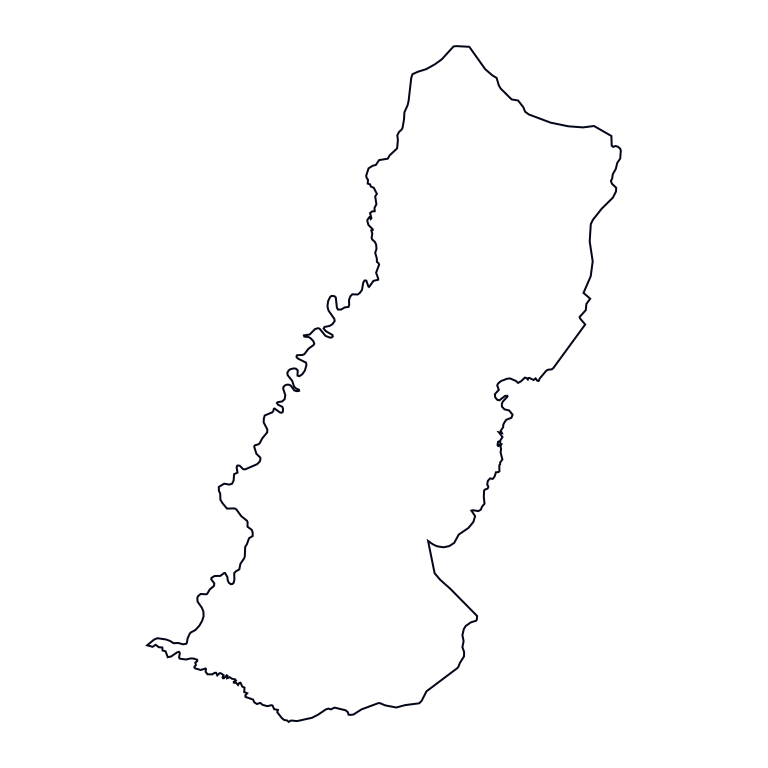 Duc Linh, Bình Thuận, Vietnam (Mercator projection)
{"feature_id": "81297802B10372149063277", "entity_name": "Duc Linh", "entity_type": "district", "adm_level": 2, "iso_a3": "VNM", "parent_name": "Vietnam", "parent_adm1": "Bình Thuận", "projection": "mercator", "projection_center": [107.507, 11.194], "detail": "fine", "context": "isolated", "style": "outline", "palette": "ink", "viewbox_px": 768, "rotation_deg": 0, "n_neighbors": 0, "source": "geoboundaries", "source_scale": "gbopen_adm2", "svg_char_len": 6111}
<svg xmlns="http://www.w3.org/2000/svg" viewBox="0 0 768 768"><path d="M411.3,77.6L408.6,100.9L407.6,105.2L404.4,112.4L404.0,119.5L402.5,128.0L401.6,129.6L399.0,132.0L397.3,135.3L397.9,139.9L397.1,148.4L389.7,155.3L387.7,158.7L379.1,160.1L375.8,165.0L372.8,165.7L368.6,168.3L366.2,175.6L366.5,177.5L368.0,179.9L367.7,183.6L370.1,184.4L370.8,186.5L373.8,187.8L376.9,193.9L375.2,196.4L376.4,204.2L374.5,207.9L374.7,211.2L372.2,211.4L370.1,213.0L371.4,218.3L370.7,219.0L370.1,216.9L369.6,216.9L367.5,219.7L367.3,220.9L368.4,224.9L372.8,229.4L372.6,230.2L371.3,230.5L372.3,233.7L371.6,238.0L372.2,239.5L374.9,241.9L376.1,244.5L376.5,248.8L375.2,252.8L376.8,258.4L376.9,261.8L378.6,263.3L379.1,264.6L376.1,272.8L378.2,278.5L378.2,279.7L373.4,280.9L369.1,287.0L368.4,286.5L366.3,280.6L364.5,280.5L363.2,282.8L362.0,289.9L359.7,293.1L357.6,294.5L352.3,294.3L350.3,296.4L349.0,300.0L349.2,304.9L348.5,306.9L344.8,307.4L341.2,309.5L337.9,309.5L336.9,307.7L335.8,297.5L334.6,296.3L332.8,295.9L331.1,296.1L330.0,297.2L328.2,300.9L327.5,305.6L327.8,308.1L328.6,310.7L334.3,318.8L334.7,321.0L332.4,324.2L329.6,325.9L324.5,327.0L323.6,328.6L325.9,331.2L332.5,335.0L332.8,336.5L331.5,337.5L329.9,337.6L325.5,335.9L319.6,328.7L318.2,328.2L315.1,329.0L309.7,334.5L303.9,335.4L304.3,336.6L308.3,337.0L310.3,338.0L313.2,340.9L314.3,343.6L313.6,345.0L308.5,348.7L304.3,354.2L302.3,355.0L297.1,355.2L296.5,356.2L296.7,357.4L298.0,358.6L306.1,362.7L306.4,365.3L304.8,370.7L302.2,374.3L299.4,376.2L297.5,375.6L297.7,370.3L295.9,368.7L293.7,368.4L290.4,369.2L288.6,370.5L287.3,372.9L287.7,375.2L292.2,380.9L294.0,386.6L296.2,388.6L298.9,389.7L299.1,390.8L296.8,391.2L294.3,390.4L290.8,385.7L289.3,384.8L287.1,384.6L284.8,385.5L283.4,387.0L283.2,388.7L285.3,395.2L284.6,399.2L282.3,401.4L277.7,402.2L276.9,403.0L278.0,404.7L282.4,406.9L283.1,409.3L282.7,412.1L281.4,412.8L279.9,412.4L274.5,408.5L273.8,408.9L273.3,411.1L272.1,412.4L264.7,415.5L263.8,418.8L263.7,422.5L267.3,429.4L267.2,432.4L262.3,438.3L259.7,443.2L258.6,444.2L254.7,445.4L254.2,446.7L256.4,453.8L260.2,457.5L260.5,459.1L259.7,461.6L257.1,464.2L245.1,469.4L243.2,469.2L239.7,465.7L237.4,465.5L236.6,467.2L237.5,472.6L234.1,474.2L233.6,480.6L232.1,483.7L229.3,484.6L224.2,483.7L218.8,486.9L218.9,490.8L220.2,493.5L220.4,499.7L222.5,503.2L227.0,508.6L234.2,508.4L236.2,509.2L241.2,516.1L247.0,520.8L247.6,522.3L247.5,526.7L251.8,529.9L252.6,532.1L252.7,536.0L249.0,538.3L247.0,544.0L245.2,546.9L244.8,556.4L244.2,558.2L240.4,563.9L239.3,569.4L235.6,571.5L234.2,573.2L234.4,579.7L233.6,582.9L232.5,583.9L230.8,584.2L228.9,582.8L227.7,580.3L227.4,577.1L225.0,573.0L223.9,573.2L220.3,575.9L214.6,576.0L211.4,577.9L211.3,579.4L214.3,583.4L214.0,585.9L209.8,589.4L207.2,593.8L206.2,594.3L200.6,594.0L198.0,596.2L197.3,598.1L197.6,601.7L201.9,607.8L203.4,611.6L203.6,616.2L202.2,620.7L199.5,625.5L195.3,630.1L190.9,632.4L189.7,633.7L187.6,638.4L186.9,642.7L186.2,643.8L182.9,644.3L178.3,643.0L173.6,643.2L170.1,641.0L166.1,639.5L157.5,638.2L153.9,639.7L147.2,645.3L152.6,646.8L155.7,644.8L158.8,647.2L162.3,647.5L162.6,650.5L165.6,651.3L167.7,657.2L171.1,656.5L177.0,652.4L179.1,651.8L179.8,653.0L179.1,657.6L179.9,658.7L186.1,659.5L190.7,658.4L193.8,658.6L197.1,659.7L197.3,661.0L195.3,662.6L195.9,665.0L194.5,666.7L194.4,667.6L195.3,668.4L200.6,670.0L205.5,668.5L206.0,669.0L205.6,671.7L207.5,674.3L212.4,674.3L214.6,672.8L216.1,672.8L217.3,675.4L219.5,673.2L220.6,673.2L223.6,675.1L222.5,677.3L223.1,678.3L224.1,678.1L226.8,675.3L227.5,675.9L227.2,678.2L229.8,677.2L231.9,678.7L235.2,679.4L236.0,680.6L233.8,681.8L233.8,682.6L236.2,682.9L238.1,685.0L239.3,682.9L240.5,682.7L242.3,686.6L244.5,687.6L244.2,692.0L247.2,693.3L245.4,695.3L245.5,696.9L253.1,699.6L254.3,702.3L256.9,704.0L260.2,702.9L262.7,704.9L267.5,706.2L271.2,705.2L272.5,705.5L274.2,709.2L277.9,709.9L277.2,712.1L281.9,718.2L284.3,720.0L287.2,720.5L288.7,721.9L291.1,720.5L297.0,721.1L312.0,717.8L318.2,714.6L326.0,709.3L328.5,708.6L330.8,709.4L334.6,707.6L345.6,710.3L347.7,712.0L348.6,714.7L350.5,714.9L353.5,714.5L361.5,709.4L378.4,703.1L379.8,703.1L385.3,705.4L396.2,707.5L405.2,705.1L419.2,703.3L421.6,700.9L426.5,691.3L457.5,668.0L458.6,666.4L459.8,663.1L464.0,656.4L464.1,651.9L462.4,647.2L463.6,641.2L462.4,635.2L463.8,629.1L465.7,626.0L470.8,622.4L476.2,620.7L476.8,619.6L477.1,616.0L450.2,588.7L440.2,579.8L434.6,573.2L428.1,541.0L433.2,544.5L437.1,546.3L443.5,547.3L449.2,546.1L454.2,542.9L458.7,534.6L468.5,527.9L473.4,521.9L475.1,516.1L471.4,510.6L472.9,510.2L478.3,511.1L480.8,509.7L482.0,506.7L484.5,503.7L483.8,496.8L484.1,490.6L484.9,489.6L487.4,488.7L488.2,487.5L488.3,486.2L487.2,484.7L487.8,481.0L490.1,478.4L492.6,478.9L493.3,478.3L494.7,476.3L495.9,472.3L498.3,472.1L499.4,471.4L499.3,465.3L500.1,464.3L500.2,462.4L502.4,459.5L500.6,452.4L501.1,448.7L500.4,446.3L501.5,444.1L500.4,443.8L498.4,446.0L497.7,445.6L497.6,444.3L498.1,441.8L498.8,441.4L500.2,442.2L500.4,440.3L502.5,437.0L498.9,432.3L501.9,433.0L500.7,430.8L503.2,427.1L503.2,425.0L504.1,423.0L506.2,419.8L511.4,417.8L512.6,414.7L509.2,410.5L504.4,409.3L502.0,406.7L501.8,404.3L502.7,401.7L507.5,396.6L507.3,395.8L505.1,395.9L499.4,400.3L497.4,399.9L495.2,397.4L494.9,394.2L498.8,389.8L497.2,385.4L498.0,383.6L500.9,381.1L506.9,378.8L510.0,378.4L516.0,381.0L518.1,382.9L521.0,381.3L524.9,377.6L526.4,378.0L527.8,379.5L528.3,378.2L529.3,377.9L533.6,380.0L535.6,378.4L537.1,380.6L538.6,381.0L539.8,378.4L546.1,370.9L547.7,369.8L551.8,369.3L553.3,368.1L585.2,324.5L580.1,318.5L579.6,317.0L585.8,310.1L586.4,303.9L590.2,298.7L583.5,292.9L590.7,276.3L592.7,261.4L589.7,241.5L590.8,224.1L592.9,219.8L601.7,208.7L612.9,197.6L616.0,191.5L616.2,187.8L611.9,183.7L610.9,180.9L612.1,178.8L612.8,174.2L615.8,168.9L617.3,162.8L620.2,158.6L620.8,150.7L620.3,148.8L617.9,146.7L615.5,146.0L613.1,146.9L611.7,145.6L611.4,136.0L594.0,126.0L583.1,127.4L568.3,126.3L550.5,122.6L528.9,114.5L525.1,111.7L523.3,107.2L518.1,100.5L511.6,99.4L500.7,88.6L498.8,85.4L496.6,77.9L492.4,75.4L485.2,69.2L469.3,46.8L456.0,46.1L453.5,46.5L441.9,59.2L434.9,64.3L426.1,69.2L418.0,71.7L412.5,74.2L411.3,77.6Z" fill="none" stroke="#020617" stroke-width="2"/></svg>